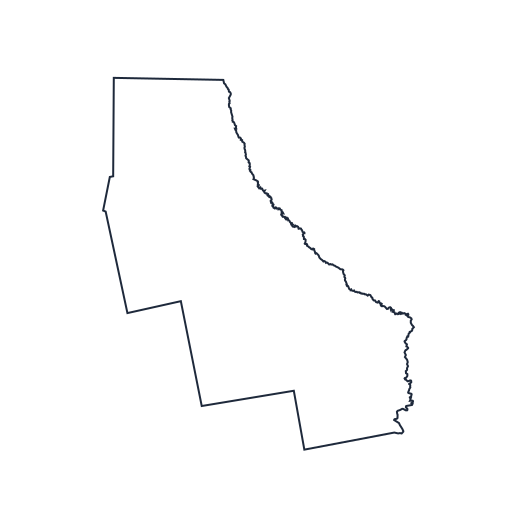 La Paz, Mendoza, Argentina (orthographic projection), rotated 349°
{"feature_id": "61730980B24308348826219", "entity_name": "La Paz", "entity_type": "district", "adm_level": 2, "iso_a3": "ARG", "parent_name": "Argentina", "parent_adm1": "Mendoza", "projection": "orthographic", "projection_center": [-66.916, -33.675], "detail": "fine", "context": "isolated", "style": "outline", "palette": "slate", "viewbox_px": 512, "rotation_deg": 349, "n_neighbors": 0, "source": "geoboundaries", "source_scale": "gbopen_adm2", "svg_char_len": 6150}
<svg xmlns="http://www.w3.org/2000/svg" viewBox="0 0 512 512"><g transform="rotate(349 256 256)"><path d="M174.1,392.9L267.4,395.5L266.5,455.3L358.1,455.7L361.7,457.3L363.5,457.3L365.1,458.0L367.1,456.5L367.2,455.9L366.6,453.5L365.0,449.5L364.5,447.3L360.3,443.4L360.5,442.9L361.1,442.6L362.3,442.7L363.4,442.5L364.0,442.0L364.7,438.8L364.5,437.9L364.6,435.8L365.5,435.0L367.9,434.7L370.4,433.9L371.3,434.2L373.6,436.1L374.9,436.3L375.3,435.9L375.4,434.8L374.3,433.2L374.5,432.3L374.9,431.9L380.7,432.0L381.6,430.8L381.3,430.3L380.6,430.4L380.4,430.1L382.3,429.1L382.3,428.1L381.3,427.6L379.5,427.5L380.1,426.6L380.3,425.7L380.9,424.9L380.0,424.4L380.0,424.1L381.5,423.4L382.4,421.4L382.2,420.9L379.5,419.6L379.3,419.1L379.9,417.9L380.5,417.3L381.0,416.0L382.4,414.5L382.4,413.6L382.8,412.2L382.7,411.7L381.9,410.9L382.0,410.6L383.2,410.3L384.3,409.6L384.5,408.3L384.3,407.8L383.5,407.5L382.9,407.8L380.9,407.9L379.6,406.1L378.8,405.6L378.5,404.5L378.9,404.2L379.6,404.5L381.5,402.9L381.9,401.8L382.0,400.7L380.9,399.7L381.1,397.6L382.3,396.9L382.7,396.2L382.8,395.0L384.2,393.1L383.6,390.9L384.6,389.4L384.7,388.7L384.5,386.6L382.9,383.6L384.2,381.8L383.4,379.0L384.6,377.2L385.1,376.9L385.6,376.9L387.7,375.6L387.8,375.1L386.9,373.7L386.4,373.4L387.3,371.5L386.2,370.3L385.5,368.4L385.7,367.9L387.3,367.1L387.9,366.4L388.1,365.4L389.2,363.9L389.6,364.2L390.0,364.2L391.1,361.3L392.5,360.5L392.5,359.8L394.5,359.4L395.3,358.4L395.5,357.4L397.4,356.0L396.8,354.7L395.9,353.4L395.2,351.1L395.6,349.0L396.7,347.9L396.6,346.9L395.5,345.7L393.8,344.9L393.1,343.6L394.3,342.9L394.4,342.3L394.2,341.7L393.3,341.7L392.1,342.6L391.6,342.1L391.7,341.5L391.4,340.9L390.5,340.3L389.2,340.6L388.4,339.6L387.6,340.4L387.1,340.6L386.8,340.3L387.1,339.2L386.9,338.7L386.5,338.6L385.4,338.9L385.1,339.3L385.1,340.1L384.2,340.2L384.0,339.8L383.0,339.3L382.0,339.8L381.5,339.7L381.3,337.9L379.6,336.9L379.9,336.6L380.5,336.5L380.8,336.1L380.9,335.5L380.2,335.4L379.1,334.0L378.2,335.0L378.1,334.5L378.6,332.6L378.0,331.9L377.3,331.9L376.4,332.1L375.5,333.0L374.4,333.0L372.9,330.4L372.3,329.8L370.7,329.2L370.1,329.4L369.4,328.9L369.0,327.7L369.6,327.1L370.1,327.3L370.3,326.9L369.4,326.1L368.6,325.9L368.2,325.4L368.3,324.0L367.8,323.7L366.4,324.9L365.1,324.2L364.3,322.3L363.0,322.0L362.1,320.2L362.3,319.6L362.1,318.9L361.5,318.5L360.8,316.2L359.3,315.4L358.1,316.2L356.7,314.7L355.5,314.4L355.3,313.9L354.7,313.6L353.8,313.6L353.2,313.1L352.1,313.0L351.6,312.0L350.8,312.0L350.4,311.3L348.6,311.1L348.1,310.4L346.6,310.2L345.7,309.1L345.6,308.6L344.7,308.8L343.7,308.3L343.3,307.7L342.6,307.7L342.8,307.0L342.1,307.1L341.2,306.1L340.7,303.2L340.4,302.9L339.7,302.9L339.5,302.5L339.8,301.8L339.3,301.3L339.7,300.6L339.5,299.4L339.3,298.1L338.7,297.1L338.8,296.0L339.4,294.9L339.3,294.3L338.8,293.6L338.9,292.8L339.4,292.0L339.2,291.3L338.6,290.6L338.4,288.8L338.5,287.4L339.1,286.7L339.0,286.4L338.4,285.7L336.3,285.1L334.7,283.2L332.2,281.4L331.6,280.6L330.3,279.9L329.7,279.0L329.2,278.7L328.2,278.8L327.5,278.1L326.2,278.3L324.9,276.3L324.2,275.9L323.4,276.1L323.0,274.9L322.5,274.3L321.8,273.9L321.1,274.2L320.1,272.5L319.0,271.4L317.9,269.6L317.7,267.8L317.4,267.0L316.0,264.9L315.6,264.6L314.9,265.0L314.7,264.7L314.6,262.6L314.2,261.5L314.4,260.3L313.8,260.0L313.7,259.7L313.3,259.6L312.5,260.3L311.5,259.7L311.0,258.7L309.7,257.5L309.4,256.8L308.1,255.8L308.0,255.2L308.4,254.5L308.1,253.9L306.5,253.6L306.2,253.2L307.2,251.8L307.8,249.6L307.1,248.5L306.3,248.4L306.6,246.1L305.9,245.3L306.2,244.6L306.0,243.9L307.1,242.8L307.9,242.9L308.0,242.4L307.8,242.0L307.1,242.0L306.3,241.2L306.1,239.4L305.6,238.8L305.4,237.7L304.3,237.2L303.2,237.5L303.0,237.4L302.9,235.4L302.1,234.6L301.2,234.7L300.9,234.0L300.3,233.5L299.9,233.7L299.9,234.7L299.5,234.9L298.9,234.4L298.1,234.4L297.6,234.0L297.3,233.2L298.1,232.3L296.6,231.8L296.6,231.4L297.5,230.8L297.5,230.5L296.5,230.3L296.5,230.0L295.7,228.9L295.6,228.0L294.7,226.7L294.4,226.8L294.5,225.2L294.0,225.0L293.6,224.2L292.9,224.0L293.5,225.0L293.4,225.5L292.6,225.9L291.7,224.3L291.8,223.1L289.7,222.6L289.5,222.1L289.8,221.9L289.6,221.3L289.0,221.0L288.6,220.3L289.3,219.5L289.2,218.8L289.5,218.5L290.0,219.1L290.9,219.4L290.5,218.0L289.6,217.2L289.9,216.0L288.7,215.1L288.5,214.2L287.1,214.4L287.3,213.5L285.5,213.5L284.8,213.0L285.1,212.5L284.7,212.0L284.1,212.1L284.1,212.5L283.5,212.9L282.4,211.9L282.4,211.2L281.7,210.3L281.6,209.8L281.9,209.0L282.2,208.8L282.7,209.3L283.0,208.8L282.1,207.6L282.3,207.1L281.9,206.6L281.0,206.6L281.0,206.4L281.5,206.2L281.6,205.7L280.9,205.3L280.9,204.6L282.1,203.7L282.1,202.1L281.7,201.7L281.6,200.8L281.3,200.5L280.8,200.9L280.5,200.8L280.9,200.0L279.9,199.1L279.4,199.3L279.0,198.9L279.7,198.1L279.7,197.7L278.8,197.7L278.5,196.5L277.4,196.4L276.5,195.5L276.2,194.5L277.0,193.5L275.8,193.6L275.3,192.9L274.9,191.0L274.4,190.8L273.7,191.0L273.3,190.6L273.3,189.9L272.7,190.4L272.0,190.2L272.0,189.8L271.4,189.0L271.0,188.0L272.1,187.6L272.3,186.8L271.4,186.3L271.8,185.6L271.7,184.4L272.1,184.0L272.1,183.2L270.8,181.9L268.2,180.1L268.7,179.5L268.7,178.8L269.0,178.3L268.8,176.9L268.9,176.3L267.8,174.3L267.6,173.0L266.9,172.5L266.8,171.9L266.3,171.2L266.9,170.5L266.1,169.3L267.2,167.3L266.6,166.6L267.1,166.0L267.5,164.3L267.4,163.4L266.8,163.1L266.6,162.5L266.9,162.2L267.1,160.8L265.0,158.2L265.1,156.6L264.8,155.6L265.4,154.7L265.4,152.5L265.1,152.1L265.5,151.1L265.5,149.5L265.2,148.7L265.3,147.5L265.9,146.6L265.9,144.6L266.3,143.7L265.8,142.5L264.3,141.1L264.5,139.6L263.2,139.1L263.6,137.7L262.8,136.6L261.8,136.5L261.5,135.7L261.4,133.9L260.3,131.0L260.4,129.3L260.3,128.7L259.9,128.4L259.6,126.9L260.9,127.1L260.8,126.1L261.3,124.7L260.3,123.5L260.1,121.4L259.6,120.1L258.8,119.8L258.9,119.1L258.6,118.5L259.0,117.6L259.0,116.0L259.5,114.8L259.0,110.0L259.4,108.5L259.1,107.1L259.4,106.2L258.1,104.6L258.2,102.6L258.5,101.5L259.2,101.1L259.3,99.3L259.8,98.8L259.5,95.8L261.8,93.0L262.2,92.2L262.2,91.4L261.8,90.2L260.8,89.5L260.9,87.4L260.3,86.7L260.3,85.9L259.3,84.1L258.7,81.7L257.6,80.4L257.5,76.9L150.4,54.0L131.0,150.5L127.6,150.5L114.6,182.2L116.9,183.7L118.9,287.5L173.6,286.0L174.1,392.9Z" fill="none" stroke="#1e293b" stroke-width="2"/></g></svg>